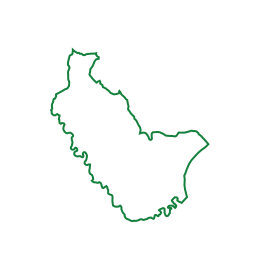 outline of Socol, Caras-Severin, Romania, rotated 238°
{"feature_id": "2599482B21362983579881", "entity_name": "Socol", "entity_type": "district", "adm_level": 2, "iso_a3": "ROU", "parent_name": "Romania", "parent_adm1": "Caras-Severin", "projection": "equal_earth", "projection_center": [21.423, 44.831], "detail": "fine", "context": "isolated", "style": "outline", "palette": "green", "viewbox_px": 256, "rotation_deg": 238, "n_neighbors": 0, "source": "geoboundaries", "source_scale": "gbopen_adm2", "svg_char_len": 5620}
<svg xmlns="http://www.w3.org/2000/svg" viewBox="0 0 256 256"><g transform="rotate(238 128 128)"><path d="M223.6,122.7L222.6,122.1L221.7,121.3L220.8,120.5L220.0,119.7L220.3,117.5L220.0,116.6L217.6,114.1L215.1,111.6L213.1,110.5L211.6,110.8L209.9,110.2L208.6,108.4L207.1,106.6L205.0,105.6L201.0,103.1L198.2,102.6L195.0,100.3L193.7,97.6L194.2,94.9L194.2,91.9L194.4,88.8L194.7,84.8L194.2,84.4L193.4,84.1L192.9,83.7L192.5,83.3L192.4,82.7L191.6,81.7L191.8,81.0L191.9,80.4L191.6,79.9L190.9,79.3L189.5,78.0L189.2,77.2L188.2,76.0L186.8,75.0L186.4,74.9L186.0,74.8L185.4,74.3L184.9,74.2L184.6,74.0L184.0,73.0L184.0,72.5L183.5,72.2L183.1,72.4L180.9,71.1L179.6,71.2L178.2,71.8L177.3,73.0L177.3,75.3L175.2,76.3L174.9,76.6L174.4,76.3L174.2,76.0L174.0,75.7L172.4,74.2L172.0,74.0L171.0,74.0L169.9,73.2L168.6,72.7L167.3,73.1L167.2,73.2L167.1,73.7L167.3,74.3L167.3,74.5L165.9,76.0L165.2,76.2L164.9,76.2L164.7,76.1L164.5,75.9L163.5,74.4L162.8,73.7L161.5,72.7L160.7,72.4L160.1,72.3L158.6,72.3L157.3,72.6L156.7,72.9L156.3,73.1L155.9,73.5L155.7,73.7L155.5,74.2L155.4,75.0L155.3,75.4L154.5,76.6L153.1,77.3L152.2,77.5L151.5,77.6L150.6,77.4L150.3,77.2L150.1,76.9L150.0,76.6L149.9,76.3L149.9,75.5L149.8,75.3L149.2,74.8L148.6,74.5L145.8,73.5L144.9,73.1L142.8,71.0L141.8,69.3L141.6,69.1L140.9,68.8L140.3,68.7L139.7,68.9L139.2,69.3L138.8,69.8L138.6,70.6L138.6,71.5L138.7,71.9L139.2,72.6L139.2,73.0L138.5,73.6L137.9,73.8L137.1,73.7L136.5,73.5L135.9,73.1L135.8,72.8L135.7,72.6L135.8,72.0L135.9,71.3L136.0,70.5L135.8,69.8L135.6,69.5L134.6,68.7L133.9,68.4L133.5,68.4L132.5,68.6L131.6,69.2L130.6,70.2L130.0,71.6L129.5,72.5L128.9,72.9L127.8,73.5L127.5,73.7L127.3,74.0L127.3,74.5L127.7,75.3L127.9,75.4L128.8,75.5L130.2,76.1L130.4,76.3L130.7,77.0L130.8,77.4L130.8,77.8L130.6,78.2L130.4,78.5L130.1,78.7L129.2,78.9L128.2,78.9L127.1,78.8L126.5,78.6L125.0,77.6L123.2,75.8L122.9,75.4L122.6,74.7L122.5,74.0L122.3,73.5L121.5,72.8L121.2,72.5L120.6,72.5L119.7,72.6L119.2,72.8L118.6,73.3L118.2,74.0L117.6,76.1L117.3,76.4L117.1,76.5L116.4,76.0L115.1,74.9L114.1,74.2L112.9,73.0L111.9,72.3L111.1,71.9L110.6,71.8L109.4,71.6L108.7,71.8L108.0,72.2L107.3,72.5L106.4,72.5L105.8,72.4L104.2,71.9L103.2,71.5L102.7,70.6L102.5,70.1L102.4,69.4L101.2,69.7L100.1,70.3L99.8,70.6L99.4,71.3L98.1,72.6L97.5,73.4L97.3,74.1L97.3,74.9L96.9,75.2L95.9,75.6L95.1,75.6L94.4,75.5L91.7,74.7L90.9,74.7L90.3,75.0L90.2,75.2L90.1,75.6L90.3,76.8L90.2,78.7L90.2,78.8L89.5,79.0L89.0,79.0L87.5,78.5L86.2,78.4L85.1,77.8L83.2,76.6L82.5,76.6L82.0,76.9L79.8,78.6L79.3,78.7L78.5,78.7L77.8,78.4L74.2,76.0L71.6,74.8L70.6,74.4L70.1,74.3L69.7,74.4L69.3,74.8L68.3,75.3L67.7,75.9L67.1,77.1L66.4,78.1L66.3,78.9L66.4,80.1L66.2,80.4L65.9,80.5L65.1,80.5L64.0,80.3L63.6,80.1L62.7,79.4L60.9,79.0L59.0,78.8L58.7,78.8L57.6,79.1L56.6,79.2L55.9,79.1L55.6,78.7L55.3,78.6L53.6,78.3L53.0,78.3L52.3,78.5L51.8,78.7L50.2,79.9L47.4,81.6L46.4,82.9L46.3,83.2L46.2,84.0L45.0,85.5L44.8,86.1L44.2,88.0L44.1,89.1L44.2,89.7L44.1,89.9L43.4,91.2L42.4,91.9L41.7,92.6L41.2,94.7L40.8,95.6L40.7,96.1L40.9,97.3L40.9,97.7L40.3,99.2L40.0,99.8L39.8,100.1L39.1,100.3L38.5,100.8L37.5,101.5L37.5,102.1L38.7,103.4L39.2,103.9L39.5,104.2L39.8,104.7L39.8,105.0L39.7,105.3L39.3,105.7L38.2,106.3L37.4,106.6L37.2,106.8L37.2,107.1L37.2,107.3L38.0,108.4L38.0,108.5L37.7,109.3L37.8,109.8L38.4,110.8L38.6,111.2L38.9,111.3L40.0,111.3L40.6,111.1L41.6,110.7L41.8,110.7L41.9,110.8L42.0,111.0L42.1,111.3L41.9,113.0L41.5,115.3L41.0,115.8L40.4,116.1L39.9,116.1L39.0,115.4L37.7,114.8L36.9,114.2L36.4,114.0L34.2,113.6L33.8,113.6L33.4,113.8L32.7,114.3L32.5,114.8L32.4,115.1L32.4,115.5L32.7,116.4L33.4,117.5L33.6,118.4L34.7,119.0L35.5,119.7L36.2,120.1L36.3,120.3L36.5,120.5L36.6,121.1L36.5,121.8L36.6,122.0L37.1,122.2L37.3,122.1L38.8,120.0L39.0,119.8L39.4,119.8L39.7,119.9L39.9,120.2L40.0,120.5L40.2,121.1L40.2,121.5L40.0,122.2L39.5,123.0L38.9,124.1L38.2,124.7L37.3,125.1L35.7,125.4L35.3,125.7L35.4,125.9L35.4,126.4L36.1,126.8L36.3,127.6L37.0,127.8L37.8,127.5L38.6,127.5L38.8,127.1L39.8,126.9L41.3,126.9L42.1,126.6L43.0,126.6L43.5,126.9L43.5,127.5L43.9,128.6L44.5,130.9L43.2,132.6L41.8,132.8L40.6,131.5L40.2,131.4L37.7,132.7L37.1,133.2L36.1,133.8L38.1,141.4L45.9,143.9L49.8,145.7L54.4,148.9L57.7,150.4L59.2,152.7L61.6,155.6L63.9,158.9L65.2,160.9L67.0,164.6L67.8,167.2L69.9,175.0L70.5,179.2L70.8,183.9L71.7,187.6L77.2,186.8L77.9,186.7L78.4,186.7L78.6,186.6L78.8,186.4L79.6,186.2L80.2,186.1L80.8,186.2L81.4,185.9L82.5,185.8L85.0,184.8L85.8,184.8L86.2,185.0L87.1,184.7L88.0,184.6L89.2,183.9L90.0,183.1L90.4,182.2L92.0,180.5L92.9,177.2L93.9,174.0L95.5,171.2L97.3,168.5L96.4,166.7L95.7,164.8L96.0,163.3L97.7,161.4L99.5,158.7L101.5,156.1L104.5,154.7L107.6,152.6L108.8,151.3L111.2,146.7L110.7,145.2L109.6,144.4L108.5,143.7L106.2,142.6L105.8,141.5L106.1,140.6L107.3,140.1L109.0,140.5L110.7,140.7L111.6,140.7L114.3,140.3L115.8,138.9L116.6,137.1L117.1,135.2L119.4,137.5L121.9,138.5L125.0,138.5L129.5,139.0L131.0,138.8L132.4,138.3L134.3,139.2L139.0,138.1L141.2,138.2L143.4,137.9L144.5,138.4L146.0,139.9L149.1,140.9L152.1,142.2L153.7,141.5L155.8,141.4L160.0,140.2L162.6,140.5L163.9,140.3L163.5,139.7L162.2,139.1L162.9,136.2L164.0,133.9L166.8,131.9L170.0,131.3L171.6,130.6L173.4,130.1L176.0,128.4L177.7,129.0L179.0,128.6L180.3,128.0L181.5,128.8L183.0,129.0L183.2,127.7L183.2,125.3L187.2,124.3L192.9,123.6L193.9,123.7L194.8,124.7L195.7,125.6L196.8,126.5L197.9,127.3L198.9,130.1L199.9,131.8L202.2,134.9L203.1,137.4L202.3,139.8L203.6,140.7L205.0,139.9L207.3,139.8L208.3,140.6L208.8,139.1L210.7,135.9L212.3,132.6L212.6,132.0L212.7,130.0L213.6,128.6L215.6,128.0L216.4,126.5L217.8,126.2L218.2,125.0L219.5,124.3L221.2,123.4L223.6,122.7Z" fill="none" stroke="#15803d" stroke-width="2"/></g></svg>